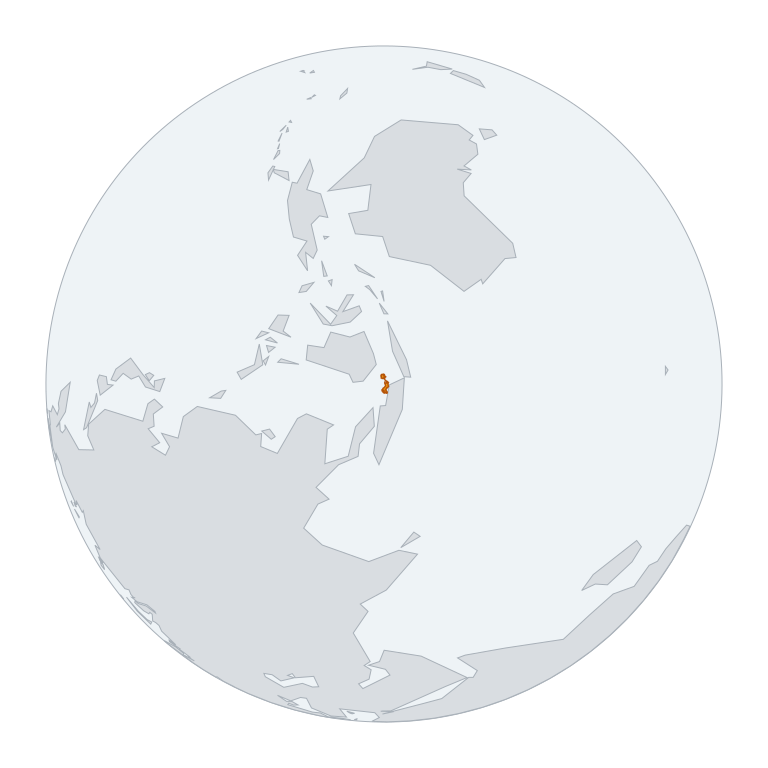 globe centered on Bangka-Belitung, rotated 239°
{"feature_id": "IDN-1231", "entity_name": "Bangka-Belitung", "entity_type": "Province", "adm_level": 1, "iso_a3": "IDN", "parent_name": "Indonesia", "parent_adm1": "", "projection": "orthographic", "projection_center": [106.711, -2.366], "detail": "fine", "context": "on_globe", "style": "filled", "palette": "amber", "viewbox_px": 768, "rotation_deg": 239, "n_neighbors": 0, "source": "natural_earth", "source_scale": "10m", "svg_char_len": 10064}
<svg xmlns="http://www.w3.org/2000/svg" viewBox="0 0 768 768"><g transform="rotate(239 384 384)"><circle cx="384" cy="384" r="338" fill="#eef3f6" stroke="#a8b0b8"/><path d="M695.0,473.6L694.5,476.1L694.2,476.4L695.0,473.6ZM551.5,90.5L551.4,90.5L551.5,90.5ZM536.6,82.5L531.7,80.2L535.2,81.8L536.6,82.5ZM527.8,78.4L515.9,73.8L520.9,76.4L500.2,67.4L517.1,73.7L520.7,75.0L522.6,76.0L527.8,78.4ZM490.6,63.8L486.5,62.4L489.2,63.1L490.6,63.8ZM93.5,211.3L92.4,213.3L101.1,199.9L100.5,208.2L107.0,206.8L128.4,178.7L117.8,180.3L126.7,167.6L143.7,155.0L154.5,155.7L158.3,151.0L160.4,140.9L172.0,132.4L162.2,137.0L159.4,141.5L153.2,145.0L155.3,141.2L159.4,138.0L158.7,136.4L139.7,153.6L134.8,160.0L127.5,164.7L118.7,176.3L113.4,182.5L126.4,165.3L132.1,158.8L133.8,156.9L150.9,139.3L169.2,123.1L188.6,108.3L191.7,106.2L202.7,98.9L201.6,99.8L212.1,93.2L219.1,90.0L219.3,89.0L232.1,82.1L243.4,76.8L247.7,74.8L241.7,77.5L272.2,65.1L277.2,63.5L266.0,70.0L256.3,73.5L255.5,72.5L244.3,78.8L250.9,75.6L250.1,76.9L262.1,72.0L262.1,72.8L273.7,67.4L275.1,67.9L267.7,71.2L286.7,66.1L292.9,66.8L297.2,65.4L300.0,63.7L306.0,66.7L308.9,65.6L308.1,64.1L313.4,61.2L325.0,57.8L326.4,59.0L322.4,60.3L316.2,65.8L305.3,70.2L307.1,70.5L316.9,67.0L324.5,60.2L331.1,57.9L328.8,60.6L330.2,59.4L333.9,58.7L338.9,59.4L342.0,56.5L381.0,51.2L394.7,53.2L388.3,55.4L417.1,56.5L430.3,61.0L429.4,59.3L442.7,60.1L438.8,58.6L439.4,58.0L471.6,62.2L480.3,65.0L493.3,67.1L492.9,66.6L487.2,64.4L500.2,67.4L520.9,76.4L520.8,77.0L533.8,83.1L531.7,84.3L535.9,88.8L526.0,88.2L530.2,92.7L534.9,94.8L544.1,103.4L547.1,115.9L524.2,96.6L515.8,80.9L517.4,85.9L510.9,82.5L507.8,83.2L509.5,87.6L513.5,89.4L484.9,88.6L476.9,101.3L492.2,103.4L501.7,110.1L506.0,131.7L476.3,158.1L488.7,171.5L489.3,179.4L478.3,182.5L477.1,170.8L466.2,165.2L467.1,158.8L449.2,161.5L449.8,152.6L435.5,160.0L440.7,167.9L456.3,168.0L443.7,179.6L459.4,195.2L460.9,212.4L433.7,240.6L406.4,247.9L404.6,253.6L393.9,246.1L379.4,256.8L399.0,292.1L398.4,302.1L374.9,319.7L374.5,312.1L346.1,292.2L340.5,316.1L362.0,337.6L369.4,362.4L352.7,353.9L345.3,332.2L335.3,324.5L338.2,303.5L330.4,272.5L313.6,277.6L315.1,265.5L301.8,240.9L277.8,248.1L239.6,279.5L233.8,311.1L220.9,325.1L206.2,279.8L207.6,250.3L197.3,253.2L186.4,229.4L153.2,229.2L152.9,222.0L145.7,225.8L138.7,219.2L140.1,207.8L133.8,209.0L131.4,239.2L138.7,238.3L150.9,225.9L148.4,237.2L155.7,247.0L131.6,275.7L89.6,304.0L93.1,280.7L100.3,221.4L104.3,214.7L104.6,213.9L105.2,212.6L98.1,223.7L101.9,212.7L89.9,253.1L84.6,271.5L88.9,305.5L86.6,309.3L90.3,316.4L111.3,306.0L109.8,313.9L95.2,352.0L72.8,406.2L80.2,441.5L86.0,472.3L81.7,494.2L92.0,517.9L91.2,527.1L97.6,540.7L102.6,555.8L107.2,570.7L104.4,573.1L96.5,560.9L84.4,540.3L73.8,518.1L64.9,495.2L57.7,471.8L52.2,447.9L48.4,423.6L46.4,399.1L46.2,374.6L47.8,350.1L51.1,325.8L56.2,301.8L63.1,278.2L71.6,255.2L81.8,232.9L93.5,211.3ZM158.1,172.1L169.6,173.2L177.8,156.8L183.0,156.2L183.9,151.3L178.4,155.7L182.6,142.7L192.4,138.4L197.8,132.0L194.2,131.5L175.6,141.9L169.4,159.9L161.1,166.6L158.1,172.1ZM122.7,183.6L116.9,189.2L117.7,186.8L119.5,185.3L122.7,183.6ZM111.6,185.6L111.0,188.4L110.1,187.6L111.6,185.6ZM247.2,630.1L254.2,634.3L249.7,634.7L247.2,630.1ZM112.9,465.2L119.7,520.0L111.9,520.8L103.8,505.0L96.8,472.1L103.7,462.1L105.2,447.1L112.9,465.2ZM454.7,426.6L464.9,429.1L464.5,430.7L454.7,426.6ZM444.2,420.1L455.8,421.6L442.1,423.4L444.2,420.1ZM460.3,422.3L472.2,420.4L477.3,418.3L476.3,421.5L460.3,422.3ZM436.3,419.5L393.2,415.8L376.1,410.4L380.1,404.8L407.7,408.2L436.3,419.5ZM378.8,404.6L352.8,386.6L317.4,338.1L330.0,339.4L367.1,369.5L364.7,374.3L380.5,388.1L378.8,404.6ZM441.8,379.0L439.3,393.9L415.5,390.6L404.7,387.4L397.2,367.6L401.4,358.3L410.3,359.2L444.7,329.7L456.6,338.6L446.1,351.3L455.9,365.1L441.8,379.0ZM235.1,314.1L241.7,333.3L234.8,336.5L235.1,314.1ZM458.6,308.8L444.7,321.3L457.4,304.1L458.6,308.8ZM466.1,292.4L467.0,299.4L461.3,292.2L466.1,292.4ZM404.3,262.7L394.9,263.6L394.7,258.9L406.6,255.0L404.3,262.7ZM462.0,227.5L461.8,240.8L460.0,245.1L455.8,236.6L462.0,227.5ZM333.9,53.5L315.8,56.4L304.1,59.6L299.6,62.3L298.3,60.4L316.3,55.5L333.9,53.5ZM375.0,50.9L379.0,49.6L382.5,50.2L382.0,50.5L375.0,50.9ZM373.7,50.2L368.8,48.9L374.4,48.2L377.2,49.3L373.7,50.2ZM339.2,49.5L333.7,50.2L335.3,49.8L339.2,49.5ZM616.0,600.9L616.9,604.9L607.2,613.9L595.2,622.2L586.4,622.9L616.0,600.9ZM539.2,608.8L541.8,595.9L553.6,597.1L546.2,607.5L539.2,608.8ZM624.2,594.6L632.9,584.8L639.1,570.4L634.6,584.1L638.0,587.0L618.8,604.7L624.2,594.6ZM504.0,549.6L438.3,566.8L424.4,562.3L429.2,552.3L419.0,520.2L423.7,521.2L422.2,500.3L461.8,485.0L490.5,454.2L511.1,458.8L527.5,436.8L548.3,441.5L541.2,459.6L561.7,475.6L578.3,435.4L588.0,483.5L601.1,503.4L601.5,534.7L568.0,581.1L551.3,588.3L549.3,582.7L542.1,586.9L532.6,582.8L529.7,564.9L522.5,569.1L530.5,557.4L519.6,567.1L515.7,555.6L504.0,549.6ZM651.1,493.0L653.4,495.2L656.1,505.0L652.5,502.0L651.1,493.0ZM688.8,480.5L689.1,485.0L687.0,484.9L688.8,480.5ZM694.2,476.4L691.7,476.5L695.0,473.6L694.2,476.4ZM666.9,469.8L667.8,473.2L666.7,473.9L666.9,469.8ZM666.0,468.5L667.9,464.4L667.2,469.0L666.0,468.5ZM655.8,439.5L657.5,437.6L658.1,439.7L655.8,439.5ZM479.8,430.9L494.1,420.5L501.8,420.4L479.8,430.9ZM653.8,433.8L649.8,432.2L650.3,429.9L653.8,433.8ZM654.3,428.3L654.1,424.7L656.2,433.5L654.3,428.3ZM646.8,418.4L651.6,425.9L646.2,419.0L646.8,418.4ZM643.8,418.4L640.2,414.8L640.5,413.9L643.8,418.4ZM600.9,412.9L614.7,436.1L603.1,433.1L590.4,417.9L579.6,427.6L555.7,421.6L561.4,415.3L558.4,403.9L533.2,395.7L528.1,388.0L537.2,384.6L520.4,376.8L538.8,376.2L546.2,391.6L556.6,382.1L574.2,387.8L591.0,395.8L604.2,409.3L600.9,412.9ZM538.6,407.8L541.8,408.3L538.9,412.3L538.6,407.8ZM633.3,404.9L638.6,413.4L637.9,415.0L635.3,413.2L633.3,404.9ZM607.3,407.4L621.6,398.7L624.9,399.7L615.3,411.1L607.3,407.4ZM618.3,390.1L624.8,393.3L628.1,400.9L626.7,402.4L618.3,390.1ZM501.0,389.4L500.2,393.3L495.4,389.6L501.0,389.4ZM507.3,387.8L521.8,394.0L505.9,391.0L507.3,387.8ZM462.7,369.0L467.0,378.8L480.7,374.3L470.3,381.7L479.4,398.2L476.2,403.8L467.2,386.0L463.8,403.0L457.7,402.1L454.5,386.9L460.7,369.5L466.7,362.8L491.4,362.4L462.7,369.0ZM507.2,376.3L503.4,365.0L506.2,358.2L510.4,364.4L507.2,376.3ZM491.7,338.0L481.3,324.8L472.0,328.4L490.8,313.7L497.7,328.7L491.7,338.0ZM482.7,310.6L474.0,313.8L482.9,305.2L482.7,310.6ZM471.6,309.6L470.5,301.3L477.5,303.1L471.6,309.6ZM487.3,311.5L488.8,297.8L492.4,306.4L487.3,311.5ZM467.3,282.9L482.5,297.7L462.9,290.0L461.5,264.0L469.8,264.2L467.3,282.9ZM510.0,191.1L507.7,184.5L515.0,184.3L514.5,188.8L510.0,191.1ZM536.7,180.2L516.2,182.2L499.3,185.2L504.9,188.8L501.7,199.0L493.0,187.9L504.3,178.0L517.2,177.9L518.4,169.8L527.5,165.9L524.5,155.6L528.2,152.2L534.9,161.9L536.7,180.2ZM522.6,151.2L520.6,135.0L534.7,140.0L538.3,144.7L533.3,149.8L526.1,146.7L522.6,151.2ZM524.2,132.8L517.3,130.1L499.7,106.5L499.6,103.0L520.4,122.1L514.9,120.7L516.8,126.1L524.2,132.8ZM488.1,63.2L486.6,62.5L490.3,63.8L488.1,63.2ZM436.9,57.1L438.4,56.5L442.6,57.5L436.9,57.1ZM444.7,55.7L438.9,54.9L444.4,55.2L444.7,55.7ZM426.0,53.6L436.3,54.3L427.3,54.4L426.0,53.6Z" fill="#d9dde1" stroke="#a8b0b8" stroke-width="1"/><path d="M384.3,385.1L384.6,385.2L384.7,385.3L384.3,385.4L384.2,385.5L383.8,386.0L383.4,387.0L383.4,387.4L383.6,387.5L383.8,387.5L384.0,387.7L384.2,387.8L384.2,388.0L384.0,388.3L383.9,388.3L383.7,388.3L383.7,388.2L383.4,388.2L383.2,388.2L383.1,388.3L382.9,388.4L382.8,388.2L382.7,387.9L382.4,387.6L382.0,387.5L381.9,387.5L381.6,387.2L380.4,386.8L380.2,386.8L379.8,386.7L379.7,386.7L379.4,386.1L379.3,385.8L379.2,385.6L379.3,385.3L379.4,385.0L379.5,384.8L379.4,384.5L379.2,384.4L378.8,384.2L378.7,383.9L378.8,383.7L378.7,383.5L378.7,383.4L378.6,383.2L378.6,382.9L378.5,382.7L378.4,382.7L378.0,382.6L377.9,382.6L377.7,382.6L377.4,382.5L377.3,382.3L377.2,382.2L377.1,382.3L376.8,382.4L376.7,382.5L376.4,382.6L376.0,382.6L375.7,382.6L375.5,382.4L375.3,382.3L375.2,382.2L375.0,382.3L374.9,382.3L374.7,382.1L374.7,381.9L374.7,381.6L374.8,381.5L375.0,381.4L375.7,381.1L376.1,380.8L376.3,380.6L376.2,380.3L376.0,380.2L375.9,380.1L376.0,380.0L376.0,379.8L376.0,379.7L376.3,379.5L376.6,379.3L376.7,379.2L377.0,379.2L377.4,379.0L377.5,379.1L377.6,379.3L377.6,379.6L377.9,379.8L378.1,379.8L377.8,380.1L377.7,380.2L377.8,380.3L378.0,380.5L378.3,380.5L378.5,380.6L378.6,380.4L378.4,380.2L378.4,379.8L378.4,379.7L378.2,379.5L378.2,379.4L378.1,379.2L378.7,379.0L378.8,379.0L379.1,378.8L379.3,378.9L379.4,379.0L379.5,379.1L380.0,379.3L380.1,379.5L380.0,379.9L380.1,380.0L380.2,380.3L380.3,380.3L380.4,380.5L380.5,380.6L380.5,380.8L380.8,381.1L380.8,381.6L380.8,381.9L381.0,382.9L381.4,383.9L381.5,384.2L381.7,384.4L381.9,384.6L382.0,384.6L382.3,384.7L383.1,384.9L383.8,385.0L384.2,385.1L384.3,385.1ZM393.3,386.9L393.3,387.0L393.2,387.0L393.1,387.3L392.9,387.6L392.8,387.8L392.8,388.0L392.7,388.2L392.7,388.3L392.8,388.5L392.7,388.6L392.4,388.7L392.2,388.7L392.1,388.8L392.0,389.1L391.8,389.1L391.7,389.1L391.4,389.0L391.4,388.8L391.4,388.6L391.2,388.5L390.9,388.3L391.0,388.2L390.9,388.2L390.7,388.1L390.7,388.4L390.7,388.6L390.1,388.9L389.7,388.9L389.6,389.1L389.4,389.2L389.2,389.0L389.3,388.8L389.5,388.5L389.4,388.4L389.2,388.2L389.2,387.9L389.1,387.7L389.3,387.5L389.3,387.3L389.3,387.2L389.2,387.3L388.9,387.3L388.9,387.2L389.0,387.1L389.3,387.0L389.3,386.8L389.3,386.6L389.2,386.5L389.3,386.4L389.5,386.3L389.5,385.9L389.6,385.3L389.7,385.2L389.9,385.1L390.0,385.1L390.3,385.1L390.5,385.0L390.6,384.9L390.7,385.1L390.9,385.2L391.1,385.2L391.5,385.2L391.6,385.3L391.8,385.6L391.9,385.4L392.0,385.4L392.2,385.5L392.3,385.6L392.5,385.7L392.5,385.8L392.8,385.8L393.2,386.3L393.2,386.5L393.3,386.7L393.3,386.9ZM385.2,387.3L385.2,387.5L385.1,387.8L384.9,387.9L384.6,387.8L384.3,387.6L384.1,387.5L384.1,387.4L384.4,387.2L384.5,387.1L384.8,387.2L385.1,387.3L385.2,387.3ZM388.0,387.0L388.1,386.9L388.4,386.7L388.6,386.7L388.6,386.8L388.6,387.0L388.4,387.2L388.2,387.3L387.9,387.2L387.7,387.1L387.8,387.0L388.0,387.0ZM386.3,386.9L386.3,387.1L386.2,387.2L385.9,387.1L385.9,386.9L386.0,386.8L386.1,386.7L386.2,386.8L386.3,386.9Z" fill="#f59e0b" stroke="#b45309" stroke-width="1.5"/></g></svg>